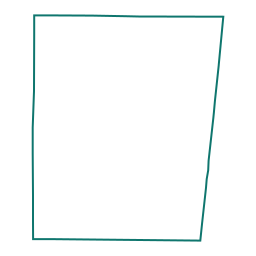 the district of Itawamba, Mississippi, United States of America
{"feature_id": "52423323B2646485621413", "entity_name": "Itawamba", "entity_type": "district", "adm_level": 2, "iso_a3": "USA", "parent_name": "United States of America", "parent_adm1": "Mississippi", "projection": "orthographic", "projection_center": [-88.339, 34.276], "detail": "fine", "context": "isolated", "style": "outline", "palette": "teal", "viewbox_px": 256, "rotation_deg": 0, "n_neighbors": 0, "source": "geoboundaries", "source_scale": "gbopen_adm2", "svg_char_len": 429}
<svg xmlns="http://www.w3.org/2000/svg" viewBox="0 0 256 256"><path d="M138.5,16.5L125.2,16.2L92.0,15.6L51.4,15.4L34.2,15.4L34.2,34.9L34.0,91.1L32.7,127.6L32.7,153.0L33.0,195.4L33.0,221.6L33.1,239.1L49.1,239.1L200.3,240.6L202.1,223.2L206.0,187.8L206.7,179.1L208.2,170.3L208.6,160.7L213.3,118.3L213.4,117.4L213.9,112.4L214.9,101.2L218.7,65.6L218.8,64.3L223.3,16.7L138.5,16.5Z" fill="none" stroke="#0f766e" stroke-width="2"/></svg>